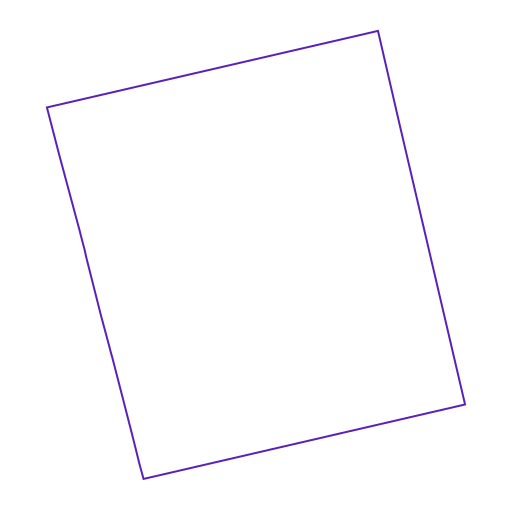 Davis, Iowa, United States of America, rotated 77°
{"feature_id": "52423323B91960594969044", "entity_name": "Davis", "entity_type": "district", "adm_level": 2, "iso_a3": "USA", "parent_name": "United States of America", "parent_adm1": "Iowa", "projection": "albers", "projection_center": [-92.393, 40.745], "detail": "fine", "context": "isolated", "style": "outline", "palette": "violet", "viewbox_px": 512, "rotation_deg": 77, "n_neighbors": 0, "source": "geoboundaries", "source_scale": "gbopen_adm2", "svg_char_len": 411}
<svg xmlns="http://www.w3.org/2000/svg" viewBox="0 0 512 512"><g transform="rotate(77 256 256)"><path d="M64.2,426.3L112.4,425.0L192.6,422.1L194.4,422.1L195.0,422.1L211.8,421.6L218.4,421.7L280.5,420.4L304.6,419.5L320.9,419.0L321.1,418.9L348.2,418.2L400.4,416.9L416.2,416.6L429.6,416.4L434.2,416.3L447.9,415.7L447.7,85.7L159.4,86.5L64.1,86.5L64.2,426.3Z" fill="none" stroke="#5b21b6" stroke-width="2"/></g></svg>